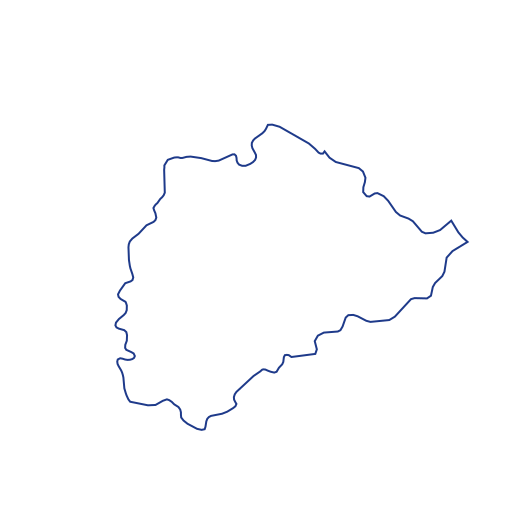 the Metropolitan department of Haute-Loire, rotated 147°
{"feature_id": "FRA-5299", "entity_name": "Haute-Loire", "entity_type": "Metropolitan department", "adm_level": 1, "iso_a3": "FRA", "parent_name": "France", "parent_adm1": "", "projection": "orthographic", "projection_center": [3.906, 45.086], "detail": "fine", "context": "isolated", "style": "outline", "palette": "blue", "viewbox_px": 512, "rotation_deg": 147, "n_neighbors": 0, "source": "natural_earth", "source_scale": "10m", "svg_char_len": 2845}
<svg xmlns="http://www.w3.org/2000/svg" viewBox="0 0 512 512"><g transform="rotate(147 256 256)"><path d="M73.0,179.3L73.4,165.6L72.6,159.0L70.9,152.6L88.5,153.1L97.0,150.8L106.5,140.2L110.7,137.7L120.5,135.8L124.6,133.7L130.9,127.4L135.7,127.3L145.9,134.3L149.5,135.4L172.6,129.5L179.1,129.7L195.9,138.4L198.8,141.6L203.6,150.1L206.5,153.6L210.8,156.1L214.3,155.5L221.8,149.7L225.6,147.8L228.5,148.1L240.8,154.8L247.5,155.5L253.1,152.6L255.8,144.6L259.6,141.6L281.3,152.0L282.5,155.0L284.0,156.3L285.8,157.1L287.7,156.0L290.8,152.3L293.0,150.9L297.6,149.8L301.8,147.7L304.2,148.3L306.7,150.9L308.6,153.5L310.0,155.7L311.7,157.0L312.9,157.3L315.2,156.9L323.4,156.7L346.4,152.7L349.1,151.6L351.4,149.7L352.6,147.5L352.9,144.9L353.0,142.6L355.1,141.2L358.0,140.9L364.9,141.1L370.4,142.2L380.8,146.4L383.2,146.6L385.5,146.0L387.7,144.4L391.4,140.3L393.4,138.7L396.3,139.8L399.6,143.2L404.8,152.6L406.4,157.5L406.7,161.3L405.5,163.6L404.1,165.8L403.2,168.5L403.3,171.6L405.4,176.2L406.1,179.6L407.3,182.4L408.8,184.3L413.0,185.3L421.4,185.8L427.9,189.6L436.8,198.3L440.9,202.3L441.1,205.3L440.5,209.5L439.9,212.0L438.5,216.7L433.4,226.3L432.5,228.7L431.8,231.1L431.4,233.5L431.2,238.3L430.9,240.8L429.9,243.0L428.3,244.5L425.6,244.2L423.9,242.6L422.2,240.5L420.3,238.8L418.1,237.6L415.8,236.9L413.7,237.0L412.1,238.1L411.7,240.9L412.9,243.3L415.9,248.0L415.8,250.2L414.0,252.7L410.5,255.3L407.3,259.8L406.2,262.8L406.9,265.6L410.6,269.8L411.9,272.1L411.7,274.4L409.7,276.4L405.3,277.8L399.1,278.5L396.4,279.2L393.9,281.0L391.3,284.8L390.6,287.3L390.4,288.6L390.6,289.1L391.0,289.8L393.0,293.8L393.5,296.6L392.6,299.0L388.9,301.1L380.5,304.4L375.0,303.0L372.7,303.1L370.6,304.9L369.5,308.3L368.1,313.9L367.2,316.4L364.7,321.9L358.2,332.8L356.3,335.1L353.9,336.9L350.2,338.0L342.3,338.6L331.1,341.4L323.3,340.4L320.8,340.9L318.7,342.5L317.1,346.6L316.6,349.6L315.9,352.1L313.6,353.3L312.1,353.8L309.9,354.1L305.2,356.0L302.8,356.4L300.4,357.2L298.0,358.8L286.1,378.3L284.5,380.3L283.5,381.9L277.6,384.7L271.0,383.1L269.4,382.3L267.6,381.2L265.9,379.3L264.3,378.3L260.3,377.0L256.7,375.0L248.6,367.9L241.1,359.6L238.6,357.8L235.3,356.3L220.4,354.0L218.7,353.0L218.2,351.0L218.9,348.9L220.2,346.6L220.7,344.3L220.4,341.8L218.5,339.2L215.6,337.3L210.7,336.4L207.3,336.4L204.4,337.1L202.3,338.6L201.0,340.7L200.7,343.1L200.3,348.4L199.4,351.0L197.9,353.1L195.4,354.5L192.9,355.1L183.7,355.5L180.8,356.1L178.4,357.2L174.6,359.5L170.8,357.3L165.8,351.5L150.4,321.6L148.1,313.7L147.2,308.6L146.1,306.7L144.1,305.4L141.5,306.4L140.8,298.4L137.9,291.4L121.9,273.7L120.3,268.6L121.6,262.0L124.5,258.6L128.5,255.2L131.3,251.2L130.6,245.9L128.4,244.0L122.4,243.8L119.9,242.6L116.3,236.6L115.1,230.3L114.7,216.7L113.1,211.5L107.7,204.3L105.5,199.7L103.7,186.0L101.5,182.7L94.7,179.0L87.5,177.5L73.0,179.3Z" fill="none" stroke="#1e3a8a" stroke-width="2"/></g></svg>